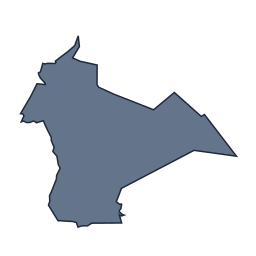 the district of Santa María Temaxcalapa, Oaxaca, Mexico, rotated 176°
{"feature_id": "50627088B67210790477336", "entity_name": "Santa María Temaxcalapa", "entity_type": "district", "adm_level": 2, "iso_a3": "MEX", "parent_name": "Mexico", "parent_adm1": "Oaxaca", "projection": "orthographic", "projection_center": [-96.15, 17.377], "detail": "fine", "context": "isolated", "style": "filled", "palette": "slate", "viewbox_px": 256, "rotation_deg": 176, "n_neighbors": 0, "source": "geoboundaries", "source_scale": "gbopen_adm2", "svg_char_len": 1279}
<svg xmlns="http://www.w3.org/2000/svg" viewBox="0 0 256 256"><g transform="rotate(176 128 128)"><path d="M154.4,193.0L171.1,197.9L178.4,201.8L170.8,212.6L171.2,222.9L171.2,223.4L175.4,213.9L183.1,208.1L191.5,202.7L194.2,200.8L195.8,199.8L195.3,198.4L196.7,197.4L199.7,197.8L204.0,198.1L206.3,197.7L208.5,198.4L211.4,190.2L213.6,189.2L213.2,187.2L211.9,183.9L207.6,178.5L207.4,177.1L215.7,178.5L222.7,166.6L234.2,149.8L231.5,149.1L231.0,147.2L234.1,141.6L232.0,142.2L230.3,141.4L228.8,140.5L226.4,140.4L225.2,140.4L222.8,141.3L221.8,141.5L220.5,140.9L219.0,139.6L215.5,140.4L211.9,141.1L210.6,137.2L208.5,131.6L205.3,124.2L205.4,121.1L204.7,118.8L203.1,113.9L204.6,109.8L200.9,104.9L200.1,96.5L198.5,92.6L202.5,85.7L203.1,81.8L208.8,69.9L211.0,66.0L211.2,60.3L212.7,56.5L204.5,40.8L203.8,40.2L201.5,40.3L201.0,40.2L199.6,39.8L195.0,39.3L193.0,38.9L190.4,38.8L186.1,37.3L184.8,32.6L180.8,33.6L175.2,33.2L170.9,35.6L141.0,33.7L142.7,42.0L140.7,40.7L138.0,41.4L139.0,41.8L139.8,42.4L141.0,43.5L142.2,44.5L142.4,45.8L142.1,46.7L140.6,48.1L140.3,50.7L139.6,51.7L139.9,52.6L141.7,52.5L144.8,55.3L138.7,68.3L63.7,101.1L21.8,92.3L50.8,136.1L54.1,134.4L79.3,160.2L101.2,144.4L139.9,162.8L154.4,170.7L155.9,173.4L154.4,193.0Z" fill="#64748b" stroke="#1e293b" stroke-width="1.5"/></g></svg>